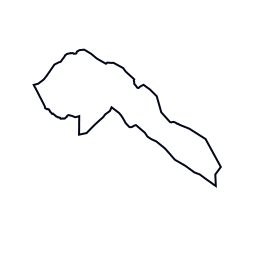 Yaruu, Dzavhan, Mongolia, rotated 239°
{"feature_id": "93677404B11621304927066", "entity_name": "Yaruu", "entity_type": "district", "adm_level": 2, "iso_a3": "MNG", "parent_name": "Mongolia", "parent_adm1": "Dzavhan", "projection": "natural_earth1", "projection_center": [96.632, 48.153], "detail": "fine", "context": "isolated", "style": "outline", "palette": "ink", "viewbox_px": 256, "rotation_deg": 239, "n_neighbors": 0, "source": "geoboundaries", "source_scale": "gbopen_adm2", "svg_char_len": 4443}
<svg xmlns="http://www.w3.org/2000/svg" viewBox="0 0 256 256"><g transform="rotate(239 128 128)"><path d="M217.7,130.8L219.7,126.6L219.7,126.3L219.8,123.6L219.6,123.4L219.4,123.2L219.2,123.0L219.1,122.9L219.0,122.7L218.9,122.6L218.9,122.4L218.8,122.2L218.7,122.1L218.6,121.9L218.7,121.7L218.7,121.4L218.8,121.3L218.8,121.2L219.0,120.8L219.1,120.6L219.3,120.4L219.5,119.9L219.7,119.7L219.8,119.7L220.0,119.6L220.3,119.5L220.6,119.2L220.8,118.9L220.9,118.7L221.0,118.6L221.1,118.4L221.1,118.2L221.3,117.9L221.4,117.7L221.5,117.6L221.6,117.4L221.8,117.3L221.9,117.1L222.0,116.6L222.9,113.7L222.6,111.2L222.0,110.6L219.4,104.2L219.7,103.3L219.9,102.6L220.2,98.8L220.2,97.5L214.6,85.1L213.0,80.8L212.6,77.7L212.6,77.2L212.2,73.8L212.3,73.5L213.5,69.4L211.2,69.2L209.3,69.2L208.6,69.1L206.8,69.0L206.7,69.0L205.8,69.0L199.7,68.5L198.4,68.5L192.9,68.1L189.3,67.8L188.2,67.3L187.8,67.2L187.7,67.2L187.5,67.3L187.3,67.4L187.2,67.4L186.9,67.6L186.6,67.9L186.3,68.2L186.2,68.2L185.9,68.2L185.8,68.3L185.7,68.4L185.6,68.6L185.7,68.8L185.6,69.0L185.3,69.1L185.0,69.4L184.9,69.6L184.7,69.7L184.6,69.8L184.2,69.8L183.9,69.7L183.8,69.8L183.7,69.8L183.4,69.8L183.2,69.8L182.9,69.8L182.8,69.7L182.7,69.7L182.4,69.7L182.2,69.6L181.9,69.7L180.5,70.1L180.4,70.1L180.1,70.2L179.9,70.2L179.7,70.1L179.5,70.3L179.4,70.3L179.2,70.3L178.9,70.5L178.8,70.8L178.8,71.0L178.7,71.0L178.2,71.3L177.9,71.4L177.7,71.5L177.4,71.7L177.2,71.8L176.9,71.8L176.7,71.8L176.4,71.9L176.2,72.0L175.9,72.1L175.7,72.3L175.3,72.3L175.2,72.3L174.8,72.5L174.7,72.5L174.4,72.8L174.1,73.0L173.9,73.1L173.7,73.2L173.6,73.3L173.4,73.4L173.3,73.5L173.2,73.5L173.1,73.8L172.9,73.9L172.8,74.0L172.7,74.1L172.6,74.3L172.4,74.5L172.2,74.7L172.1,74.8L171.9,75.0L171.7,75.0L171.3,75.0L171.1,74.9L170.9,74.9L170.6,75.1L170.4,75.4L170.2,76.2L170.1,76.5L169.8,76.7L169.7,76.8L169.5,77.0L169.4,77.4L169.4,77.6L169.2,77.8L169.0,78.0L168.9,78.2L168.8,78.4L168.8,78.5L168.7,78.7L168.7,78.9L168.8,79.0L168.9,79.4L168.9,79.6L169.0,80.2L169.1,80.4L169.1,80.7L169.1,80.9L169.1,81.1L169.1,81.3L169.4,81.7L169.6,81.9L169.7,82.1L169.7,82.3L169.8,82.6L169.8,82.8L169.7,83.3L169.7,83.6L169.5,83.9L169.3,84.1L167.5,85.9L166.9,86.5L165.2,87.7L164.8,88.0L164.4,88.3L163.6,90.8L163.3,92.3L160.5,90.6L156.0,87.8L155.8,87.7L155.7,87.6L155.2,87.4L153.0,86.0L152.8,85.9L147.5,82.6L145.5,88.4L145.1,89.7L145.0,89.9L145.0,90.0L146.6,95.9L148.0,101.6L149.3,108.0L149.6,109.7L150.1,112.3L151.4,115.5L151.9,121.2L154.2,124.6L145.4,128.1L141.9,128.6L138.5,128.7L133.5,128.5L128.4,129.6L128.0,129.9L127.7,130.2L127.5,130.4L127.3,130.7L127.2,131.0L127.0,131.5L126.9,131.8L126.9,132.1L126.8,132.5L126.8,132.9L126.8,133.8L126.8,134.0L126.8,134.6L126.7,135.0L126.6,135.7L126.5,135.9L126.2,136.4L120.4,138.3L115.4,140.0L112.3,140.2L110.7,140.2L106.9,142.0L105.5,142.9L102.0,145.3L99.9,146.1L96.0,147.5L91.6,149.1L83.1,150.7L81.1,151.0L76.5,151.9L66.0,157.7L55.8,162.0L51.2,165.6L44.9,168.2L35.0,172.5L34.2,172.9L33.1,173.4L38.2,176.2L43.2,178.9L46.8,187.5L78.6,188.8L78.8,188.7L93.6,181.3L95.7,180.3L104.5,173.6L105.0,173.5L105.2,173.4L105.3,173.4L105.5,173.3L105.7,173.2L106.0,172.9L106.1,172.6L106.2,172.4L106.3,172.3L106.7,172.1L107.1,171.9L107.6,171.8L107.9,171.6L108.2,171.5L108.4,171.3L109.0,170.8L109.3,170.6L109.5,170.4L109.7,170.2L109.8,170.1L109.9,169.9L110.1,169.5L110.3,168.8L110.3,168.6L110.3,168.4L110.4,168.2L110.5,168.1L110.9,167.7L111.2,167.3L111.4,167.1L114.0,166.6L124.3,164.6L140.4,169.0L146.4,167.5L149.9,166.6L154.0,164.8L157.0,163.6L157.2,161.3L157.2,160.4L157.2,159.9L157.2,159.5L157.2,159.2L157.1,158.8L156.9,158.2L156.9,157.9L156.9,157.7L157.0,157.4L157.1,157.2L157.4,156.9L157.7,156.8L157.9,156.7L158.2,156.7L158.5,156.6L158.9,156.6L159.3,156.6L159.6,156.5L159.8,156.5L160.1,156.5L160.3,156.5L160.6,156.5L160.8,156.5L161.1,156.4L161.3,156.3L161.4,156.2L161.5,156.2L161.8,156.2L162.0,156.1L162.3,156.1L162.5,156.2L162.7,156.3L162.9,156.3L163.0,156.4L163.5,156.5L163.8,156.7L164.0,156.8L164.2,157.0L164.3,157.0L164.5,157.1L164.8,157.2L165.0,157.2L165.2,157.3L165.4,157.3L165.6,157.4L165.8,157.6L166.0,157.8L166.2,158.0L166.5,158.4L171.2,157.0L173.4,156.3L173.6,156.3L173.8,156.2L176.2,155.5L177.5,155.1L181.9,154.7L183.1,154.0L184.2,153.4L184.3,153.3L191.4,149.1L192.2,147.5L194.2,144.7L194.8,143.8L194.7,143.3L194.6,143.2L194.6,142.9L194.4,142.5L194.4,142.4L194.4,142.2L197.9,140.2L200.5,138.8L200.6,138.7L203.7,137.0L210.6,134.6L215.7,131.9L217.7,130.8Z" fill="none" stroke="#020617" stroke-width="2"/></g></svg>